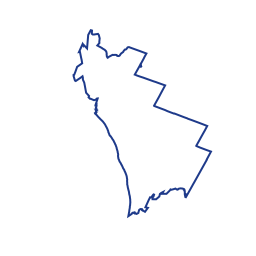 the district of Jūrkalnes pag., Ventspils, Latvia, rotated 306°
{"feature_id": "27541924B11800996662451", "entity_name": "Jūrkalnes pag.", "entity_type": "district", "adm_level": 2, "iso_a3": "LVA", "parent_name": "Latvia", "parent_adm1": "Ventspils", "projection": "equal_earth", "projection_center": [21.409, 57.03], "detail": "fine", "context": "isolated", "style": "outline", "palette": "blue", "viewbox_px": 256, "rotation_deg": 306, "n_neighbors": 0, "source": "geoboundaries", "source_scale": "gbopen_adm2", "svg_char_len": 5191}
<svg xmlns="http://www.w3.org/2000/svg" viewBox="0 0 256 256"><g transform="rotate(306 128 128)"><path d="M179.9,41.1L168.3,48.1L169.2,43.1L168.5,43.3L169.3,41.9L160.7,43.7L161.4,44.3L157.1,49.0L155.9,50.4L153.4,52.9L147.6,50.9L142.5,52.4L139.4,53.2L138.9,52.8L138.0,53.5L135.2,57.2L135.3,58.1L140.5,60.0L143.1,60.8L142.4,61.7L140.6,63.1L139.0,65.9L136.2,68.9L131.9,73.4L131.0,77.7L129.6,78.1L129.4,79.8L129.5,79.8L130.5,84.1L131.4,84.9L132.6,85.4L133.7,85.6L134.1,86.1L129.4,87.6L129.5,87.8L129.4,87.9L129.4,88.1L129.2,88.2L128.7,88.2L128.8,88.3L128.6,88.2L128.4,88.3L128.1,88.6L128.1,88.8L127.9,88.8L128.0,88.9L127.9,89.1L127.7,89.2L127.5,89.3L127.4,89.4L127.3,89.5L127.2,89.5L126.9,89.6L127.0,89.7L126.8,89.8L126.6,89.9L126.3,89.8L126.0,89.8L125.8,90.1L125.6,90.3L125.5,90.5L125.4,90.4L125.3,90.5L125.1,90.6L124.8,90.7L124.5,90.7L124.4,90.7L124.4,90.8L124.3,91.1L124.2,91.2L124.3,91.2L124.3,91.3L124.2,91.2L124.2,91.4L124.0,91.5L123.9,91.4L123.5,91.5L123.5,91.8L123.5,92.0L123.4,91.9L123.1,92.0L122.8,92.2L122.6,92.3L122.5,92.8L122.4,92.9L122.1,93.0L121.9,93.1L121.9,93.3L121.3,93.3L121.4,92.7L121.2,92.7L120.6,92.5L120.3,93.0L120.3,93.7L120.3,93.8L120.2,93.9L120.2,94.1L120.3,94.1L120.2,94.4L119.9,95.8L119.7,96.4L119.4,97.9L119.3,98.4L119.3,98.8L119.1,99.5L119.1,99.8L119.0,100.2L118.9,100.6L118.9,100.9L118.8,101.3L118.8,101.8L118.6,102.8L118.5,103.7L117.5,107.0L117.0,108.1L116.2,109.6L116.0,110.2L114.9,112.2L114.3,113.0L114.2,113.3L114.1,113.5L113.9,113.7L113.5,114.2L113.1,114.5L112.9,115.0L112.4,115.7L112.1,116.2L112.0,116.5L111.8,116.8L111.6,116.9L111.5,117.1L111.3,117.4L111.1,118.0L111.2,118.5L111.1,118.8L110.4,120.8L110.1,121.4L109.9,121.9L109.6,122.7L109.6,122.9L109.4,123.4L109.3,123.7L108.6,124.8L108.4,125.4L108.1,125.9L107.8,126.5L107.6,126.7L107.5,126.9L107.0,128.0L106.6,128.5L106.2,129.1L105.5,130.2L104.6,131.1L104.3,131.6L103.5,132.6L103.4,132.8L102.5,133.8L102.1,134.1L101.8,134.5L101.4,135.0L101.2,135.2L100.7,135.7L100.0,136.1L99.7,136.2L99.5,136.4L99.4,136.5L98.8,137.0L98.4,137.5L97.8,138.0L97.1,139.0L96.9,139.5L96.3,140.3L95.8,141.2L95.6,141.9L95.1,143.1L94.7,143.7L94.5,144.4L94.1,144.9L93.9,145.5L93.1,146.9L92.7,147.5L92.5,147.9L92.0,149.3L91.8,149.7L91.5,150.0L91.3,150.3L91.0,151.0L90.6,151.7L90.5,151.8L90.2,152.4L89.7,153.0L89.5,153.5L88.4,155.0L87.6,155.9L86.8,156.6L86.1,157.4L85.6,157.8L84.7,158.3L83.2,159.6L81.9,160.5L81.5,161.0L81.1,161.5L80.4,162.2L79.6,163.0L79.0,163.8L78.6,164.2L78.1,164.8L77.7,165.3L77.5,165.6L76.7,166.5L75.3,167.8L74.0,169.4L73.5,169.9L72.6,170.7L71.6,171.7L70.3,172.7L69.8,173.1L69.4,173.5L69.1,173.6L68.8,173.8L68.2,174.2L67.2,174.8L66.4,175.3L66.0,175.4L65.3,175.8L64.6,176.3L62.5,177.3L61.1,178.1L59.0,179.1L58.6,179.3L56.9,180.1L57.9,180.5L60.1,181.3L60.9,181.5L61.1,181.3L62.2,181.6L62.6,182.5L62.7,183.1L63.5,182.7L63.7,182.9L63.4,183.4L63.4,183.9L63.5,184.3L63.3,185.1L63.4,185.3L64.2,185.8L64.5,185.9L65.3,186.3L68.1,185.2L68.8,185.3L69.7,185.7L70.4,186.7L70.0,187.2L70.4,187.5L69.8,188.4L70.1,188.7L70.1,189.8L70.2,191.0L75.1,191.0L74.1,188.7L81.9,187.1L84.9,186.6L85.2,187.3L85.9,187.6L88.9,187.6L89.4,187.8L89.4,188.3L87.4,188.9L86.2,188.7L84.8,189.7L86.8,192.6L91.0,193.6L93.4,192.6L95.1,193.1L96.9,194.0L94.8,194.3L97.4,197.8L102.3,198.6L103.3,198.5L103.6,199.5L103.8,199.6L105.0,200.6L106.9,202.0L106.9,203.5L107.3,204.4L107.6,204.5L107.9,204.6L108.4,204.5L109.2,205.2L109.9,205.8L111.0,207.6L111.2,208.2L111.4,208.7L111.4,208.8L111.1,209.1L111.4,209.5L111.2,209.8L110.9,210.0L111.0,210.1L110.9,210.2L110.9,210.4L110.6,210.7L110.3,210.8L110.2,210.9L110.2,211.1L110.0,211.3L109.5,211.6L108.8,212.2L108.6,212.5L108.1,212.6L107.9,212.8L108.0,212.9L108.3,213.1L108.5,213.4L108.5,213.5L108.4,213.6L107.8,213.4L107.7,213.5L107.4,213.6L107.1,213.6L105.4,215.5L105.2,215.6L116.2,214.3L121.9,213.6L122.2,213.6L148.8,210.4L149.0,210.3L149.0,210.2L157.7,209.0L156.5,205.0L154.6,198.1L153.6,193.8L153.7,193.7L159.6,193.0L163.4,192.5L168.5,191.9L170.2,191.7L170.5,191.7L176.2,190.9L175.6,188.6L175.0,186.3L174.0,182.6L171.8,174.7L170.7,171.0L170.6,170.2L169.7,167.1L169.0,164.5L167.0,157.0L166.7,156.8L165.9,154.0L164.8,149.9L164.3,147.4L161.4,136.9L161.2,136.2L161.3,136.0L170.4,134.9L172.7,134.6L175.4,134.2L184.3,133.0L182.0,125.2L181.6,123.7L180.8,121.3L177.5,110.0L177.4,109.8L176.2,106.0L175.5,103.5L175.5,103.1L175.2,102.1L184.5,101.0L184.8,101.1L184.9,101.5L185.1,101.7L184.9,101.9L184.9,102.2L185.2,102.5L185.6,102.5L185.7,102.1L185.8,101.8L186.3,101.7L186.6,101.4L185.3,100.9L187.8,100.5L188.0,100.6L193.4,99.9L195.0,99.6L199.1,99.1L197.0,91.6L194.9,84.4L194.0,81.2L193.9,81.1L193.0,80.3L190.9,80.3L190.1,80.0L189.7,79.4L188.0,79.2L186.7,79.4L184.1,78.6L183.6,78.6L182.5,78.6L182.0,78.7L181.9,78.7L181.0,78.4L180.6,78.0L180.0,76.9L180.4,75.9L179.7,74.7L178.3,73.0L178.1,72.5L173.5,70.3L172.9,70.3L172.9,70.1L172.9,69.9L173.2,69.4L173.5,68.8L173.8,68.5L174.1,68.3L175.0,67.4L175.6,67.1L176.8,65.8L177.1,65.4L177.2,65.0L177.4,64.5L177.4,63.9L177.5,63.5L177.6,63.2L177.5,62.5L177.3,60.3L177.4,59.9L176.7,54.7L180.0,54.9L180.7,54.2L183.9,52.4L185.1,50.9L186.0,49.9L186.5,48.4L183.6,45.5L182.9,44.4L183.0,43.3L185.7,41.6L185.3,40.4L185.0,40.4L179.9,41.1Z" fill="none" stroke="#1e3a8a" stroke-width="2"/></g></svg>